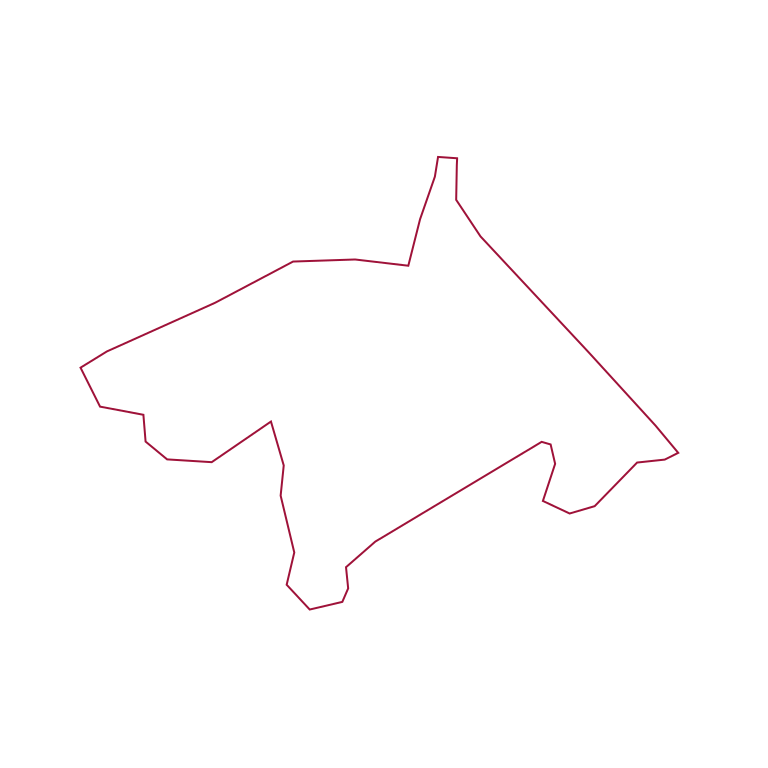 the Unitary District of Midlothian, rotated 10°
{"feature_id": "GBR-2024", "entity_name": "Midlothian", "entity_type": "Unitary District", "adm_level": 1, "iso_a3": "GBR", "parent_name": "United Kingdom", "parent_adm1": "", "projection": "mercator", "projection_center": [-3.084, 55.83], "detail": "fine", "context": "isolated", "style": "outline", "palette": "rose", "viewbox_px": 768, "rotation_deg": 10, "n_neighbors": 0, "source": "natural_earth", "source_scale": "10m", "svg_char_len": 656}
<svg xmlns="http://www.w3.org/2000/svg" viewBox="0 0 768 768"><g transform="rotate(10 384 384)"><path d="M397.8,151.0L416.8,149.0L416.9,149.5L417.7,155.8L423.1,190.1L453.4,221.9L580.1,317.3L658.6,377.8L685.7,400.7L673.6,409.7L646.9,417.4L612.7,467.7L589.3,479.3L560.8,471.6L566.4,432.9L558.6,414.6L549.3,413.6L402.8,540.7L378.4,571.0L384.2,591.5L380.8,605.8L350.0,619.0L323.0,598.6L324.9,565.5L301.6,511.9L299.4,481.6L279.2,440.6L227.9,490.9L183.5,495.9L159.2,482.1L152.4,456.1L108.3,455.6L82.3,420.6L105.5,400.0L203.6,333.3L273.2,279.2L333.9,266.4L387.4,263.3L390.9,215.5L398.1,171.0L397.8,151.0Z" fill="none" stroke="#9f1239" stroke-width="2"/></g></svg>